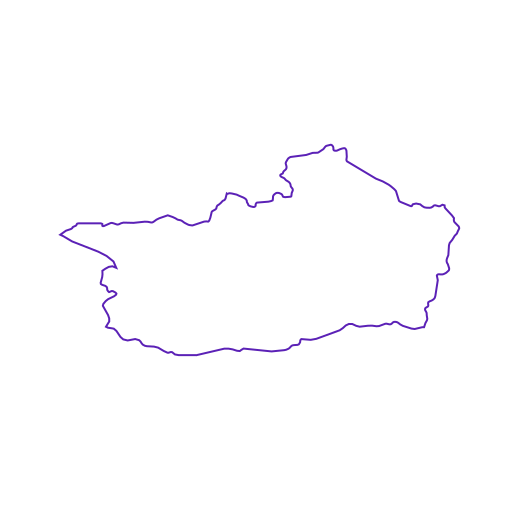 outline of Kanchanaburi, rotated 299°
{"feature_id": "THA-399", "entity_name": "Kanchanaburi", "entity_type": "Province", "adm_level": 1, "iso_a3": "THA", "parent_name": "Thailand", "parent_adm1": "", "projection": "natural_earth1", "projection_center": [99.171, 14.699], "detail": "fine", "context": "isolated", "style": "outline", "palette": "violet", "viewbox_px": 512, "rotation_deg": 299, "n_neighbors": 0, "source": "natural_earth", "source_scale": "10m", "svg_char_len": 5466}
<svg xmlns="http://www.w3.org/2000/svg" viewBox="0 0 512 512"><g transform="rotate(299 256 256)"><path d="M177.9,139.5L182.1,134.0L183.6,125.3L183.3,115.9L179.6,88.2L179.9,77.6L179.7,74.5L184.7,76.9L186.1,77.6L189.8,81.0L190.9,81.6L191.7,81.8L192.3,81.7L193.0,82.1L195.1,83.7L195.9,83.9L196.6,83.9L197.1,83.8L197.7,84.0L198.6,85.1L209.2,104.2L209.5,105.3L209.5,106.1L209.0,106.4L208.1,106.8L207.9,107.0L207.9,107.6L208.4,108.4L214.1,112.7L214.6,113.2L215.1,114.0L215.5,115.5L216.1,118.9L216.3,119.5L216.8,120.2L217.5,120.9L219.1,122.0L220.0,122.9L221.0,124.0L225.6,132.8L232.1,142.1L233.5,144.9L234.5,148.1L235.0,148.9L236.0,149.7L239.5,151.3L242.1,153.1L248.8,159.1L249.7,164.2L249.9,167.3L249.8,169.6L249.9,170.3L250.1,170.9L250.3,171.5L250.7,172.8L250.8,174.2L250.7,175.0L250.4,177.2L250.5,181.1L250.7,182.5L251.6,184.9L251.8,185.4L252.1,185.8L260.9,193.9L261.4,194.6L262.3,196.0L262.6,196.8L262.9,197.5L263.5,197.8L264.6,197.9L267.3,197.5L272.0,196.2L272.5,196.0L273.2,195.9L274.1,196.1L277.0,197.9L277.6,198.1L278.4,198.2L279.7,197.8L280.7,197.7L281.6,197.8L282.7,198.5L285.0,199.4L287.8,200.1L288.3,200.3L288.7,200.6L289.6,201.3L291.4,201.5L296.3,200.2L296.2,200.6L297.6,201.9L298.0,202.3L298.5,203.4L299.0,204.7L300.3,209.3L300.4,210.6L300.5,212.1L301.0,216.5L301.0,218.0L300.8,219.5L300.5,220.1L300.2,220.7L299.9,221.1L299.0,221.7L298.6,222.1L298.3,222.6L297.7,223.7L296.9,224.5L296.7,225.1L296.7,225.7L296.8,227.2L297.2,228.6L297.4,229.4L297.8,230.3L298.3,230.9L299.2,231.3L299.8,231.3L300.9,230.7L301.4,230.6L302.1,230.6L302.7,230.7L303.2,231.0L309.6,240.6L311.4,242.6L312.7,243.6L313.9,243.2L316.4,242.0L317.0,241.9L317.7,241.9L318.3,242.0L319.4,242.4L320.5,242.9L321.4,243.7L321.9,244.6L322.3,245.8L322.5,247.8L322.4,248.8L322.0,249.5L321.0,250.8L321.1,251.7L321.6,253.0L324.7,257.6L325.2,257.9L325.7,257.8L328.4,256.7L331.0,256.4L331.5,256.2L332.0,255.9L332.4,255.5L332.7,255.0L333.2,253.7L333.8,252.6L334.2,252.3L335.1,251.6L335.5,251.2L335.9,250.7L336.4,249.7L336.6,249.0L336.7,248.3L336.8,246.0L336.9,245.2L337.6,243.3L337.7,242.6L337.5,239.7L337.7,239.0L337.9,238.4L338.3,238.1L338.8,238.0L339.4,238.2L339.9,238.5L340.7,239.1L341.2,239.4L341.7,239.3L342.9,239.1L344.1,239.3L345.3,239.8L346.4,240.1L347.1,240.1L347.7,240.0L348.2,239.8L348.7,239.5L349.2,239.2L350.0,238.4L350.8,237.6L351.2,237.2L351.7,236.9L352.9,236.7L356.3,236.8L357.0,236.9L358.1,237.4L359.1,238.0L359.5,238.4L368.7,250.9L373.6,255.5L374.0,256.1L376.0,259.5L376.4,260.0L376.9,260.4L382.1,263.1L382.6,263.2L384.7,263.5L385.9,263.8L386.8,264.5L389.5,267.4L389.7,268.0L389.7,268.8L389.1,270.3L388.5,270.9L387.9,271.4L386.9,271.9L386.5,272.3L386.2,272.8L386.2,273.5L386.6,274.5L387.0,275.2L387.4,275.7L390.2,277.8L391.8,279.3L392.9,280.6L393.2,281.1L393.3,281.8L393.1,282.5L392.3,283.7L391.7,284.2L386.8,287.3L384.0,288.4L383.5,288.8L383.2,289.2L382.9,289.7L381.8,323.4L382.7,330.7L382.7,337.5L382.4,340.0L381.6,344.1L381.1,345.8L380.6,347.0L373.6,354.3L373.4,355.2L373.4,356.5L374.6,366.9L374.8,367.6L375.2,368.0L376.0,368.1L376.6,368.0L377.4,368.2L379.5,370.6L380.8,374.6L380.3,377.1L380.2,379.6L380.5,380.6L381.0,381.9L382.3,384.4L383.2,385.6L384.9,386.7L385.9,386.9L386.7,387.4L387.3,388.3L388.1,391.7L388.7,392.7L391.2,394.2L391.7,396.4L390.0,397.5L389.4,398.8L386.5,407.7L385.1,410.8L384.9,410.9L383.9,411.3L382.8,412.0L382.2,412.6L381.8,413.3L380.1,419.0L379.3,419.9L378.5,420.4L375.6,420.5L373.1,420.8L372.5,420.7L370.1,420.0L365.2,419.8L361.4,419.1L360.7,419.2L358.9,419.6L350.0,423.8L346.7,424.2L345.0,424.6L344.1,425.1L343.5,425.5L342.7,426.3L341.8,427.8L338.9,430.9L337.9,431.4L337.2,431.6L336.5,431.5L333.6,430.5L332.6,429.9L331.2,428.9L330.4,428.1L329.8,427.1L329.5,426.6L328.8,425.0L328.4,424.4L327.9,423.9L327.0,423.6L326.5,423.7L323.0,426.7L308.1,432.2L306.2,432.6L305.6,432.6L304.3,432.3L303.2,431.8L302.2,431.2L301.3,430.5L300.9,430.1L299.9,429.5L299.1,429.1L298.4,429.3L297.6,429.7L296.6,430.5L295.8,430.8L295.1,430.8L293.4,429.8L292.5,429.4L291.8,429.5L291.3,429.7L290.5,430.4L289.9,431.5L289.2,432.5L288.8,432.9L286.9,434.1L284.2,436.2L283.1,436.6L282.3,436.7L279.5,436.7L275.2,437.5L274.3,435.9L269.1,430.2L267.9,427.2L266.1,418.3L266.1,415.1L266.5,412.9L266.5,411.5L266.2,410.3L265.3,408.7L264.6,408.1L262.4,407.4L261.6,406.9L260.9,405.8L260.1,403.0L259.4,401.9L254.4,397.6L253.0,395.5L251.4,391.4L249.4,387.9L244.4,380.9L243.5,377.5L243.2,373.2L241.6,370.2L238.8,368.2L235.0,366.9L231.6,365.2L212.8,348.9L209.2,344.5L205.3,335.9L203.8,335.6L201.9,336.4L199.5,336.3L198.4,335.4L196.4,332.3L195.4,331.1L194.2,330.5L191.8,329.9L190.7,329.4L188.6,327.8L187.3,326.3L180.1,315.9L169.0,290.0L167.0,288.8L165.0,287.9L163.9,285.3L163.0,280.8L161.6,276.8L159.5,273.1L140.4,252.0L131.8,236.4L130.6,232.8L131.1,230.0L131.2,229.1L130.6,227.9L128.9,226.3L128.5,225.4L128.2,221.5L128.4,214.8L127.3,210.7L124.2,204.3L123.6,202.3L123.6,201.4L123.6,199.9L124.3,198.1L125.2,196.5L125.7,194.6L124.8,190.6L119.9,184.7L118.7,180.3L119.5,176.7L122.8,170.2L123.5,166.8L122.6,164.2L121.5,161.3L121.5,161.2L121.4,159.1L126.2,159.3L127.5,159.4L130.2,157.9L132.6,155.3L138.2,146.2L140.1,145.7L143.7,146.4L146.6,147.6L152.0,151.4L154.4,152.4L155.5,152.1L155.9,150.8L155.9,148.0L155.5,146.9L154.6,146.1L153.6,145.4L153.2,145.0L153.4,144.0L153.8,143.1L154.2,142.4L154.4,142.2L155.8,141.3L156.6,140.3L156.8,138.6L156.2,135.4L156.3,133.9L157.3,133.1L163.0,131.7L165.6,130.6L168.6,128.8L171.8,130.4L175.1,132.5L177.4,135.4L177.9,139.5Z" fill="none" stroke="#5b21b6" stroke-width="2"/></g></svg>